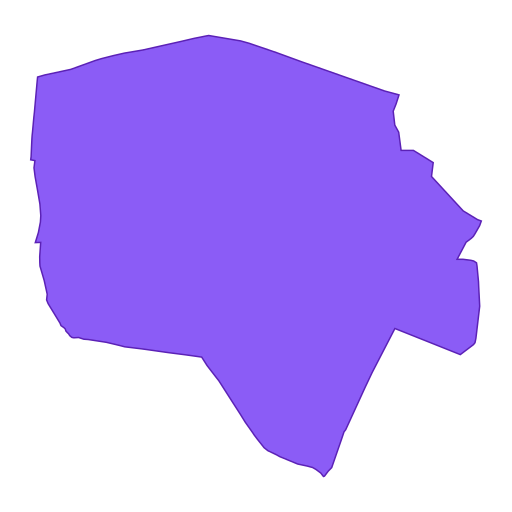 outline of Santa Lucía, San Juan, Argentina
{"feature_id": "61730980B73949498906302", "entity_name": "Santa Lucía", "entity_type": "district", "adm_level": 2, "iso_a3": "ARG", "parent_name": "Argentina", "parent_adm1": "San Juan", "projection": "mercator", "projection_center": [-68.469, -31.538], "detail": "fine", "context": "isolated", "style": "filled", "palette": "violet", "viewbox_px": 512, "rotation_deg": 0, "n_neighbors": 0, "source": "geoboundaries", "source_scale": "gbopen_adm2", "svg_char_len": 1889}
<svg xmlns="http://www.w3.org/2000/svg" viewBox="0 0 512 512"><path d="M323.5,476.5L324.1,476.3L324.5,476.1L327.3,472.4L328.2,471.2L331.7,467.6L338.0,449.4L341.4,439.6L344.0,431.9L345.7,429.7L365.0,387.6L372.1,372.6L394.9,328.5L442.3,347.4L460.3,354.6L473.5,344.6L475.0,342.7L475.9,338.3L479.7,306.2L478.7,286.6L478.5,281.7L477.0,265.9L476.8,264.7L476.5,262.8L473.7,261.0L470.9,260.3L463.2,259.3L457.1,259.3L466.1,242.2L471.3,238.3L473.3,236.4L474.9,233.9L479.6,225.7L481.3,221.0L477.5,219.6L463.2,210.9L431.5,176.5L433.2,162.6L413.4,150.4L401.1,150.4L398.7,132.2L394.8,125.1L393.2,111.2L396.1,103.9L399.0,94.9L384.3,90.9L312.2,65.5L302.2,62.0L276.7,52.7L249.2,43.3L240.6,40.9L208.7,35.5L204.9,36.2L202.0,36.8L194.4,38.3L180.3,41.6L162.4,45.6L142.8,50.0L124.4,53.1L114.3,55.4L114.2,55.4L101.6,58.6L95.3,60.5L70.7,69.4L45.0,74.9L37.6,77.0L37.3,79.9L36.8,85.4L34.4,112.2L33.8,117.7L32.5,132.0L32.1,135.8L31.9,139.0L31.6,145.2L31.1,156.7L30.7,159.8L34.9,160.6L34.0,167.9L35.1,176.6L37.6,190.6L39.9,204.0L40.8,215.7L40.4,222.1L38.4,232.5L35.3,242.6L40.7,242.4L39.7,256.8L39.8,262.5L40.0,266.1L40.4,267.5L44.2,280.5L46.0,288.7L47.2,294.2L47.2,294.3L46.6,299.9L48.1,303.6L53.6,312.6L60.0,323.1L60.6,324.6L61.0,325.6L63.7,327.5L64.2,327.9L65.2,328.9L65.7,330.3L65.8,330.9L66.0,331.1L67.3,332.6L68.6,333.8L69.6,335.4L70.0,335.9L70.2,336.0L71.7,337.3L72.3,337.5L73.8,337.8L78.6,337.5L83.8,339.2L88.1,339.5L106.3,342.3L115.6,344.5L120.5,345.7L124.7,346.8L141.2,348.8L146.4,349.5L168.2,352.6L176.0,353.6L185.4,354.8L191.9,355.7L201.7,357.1L207.1,365.6L215.9,377.0L218.8,380.7L233.4,403.5L240.3,414.2L245.0,421.8L245.6,422.7L252.4,432.3L254.4,435.3L257.0,438.7L257.2,439.0L264.1,447.7L267.9,450.7L276.7,454.9L279.7,456.6L290.4,461.0L297.6,464.0L307.4,466.1L311.4,467.2L312.4,467.4L315.9,469.4L320.6,472.9L320.9,473.2L322.9,475.8L323.5,476.5Z" fill="#8b5cf6" stroke="#5b21b6" stroke-width="1.5"/></svg>